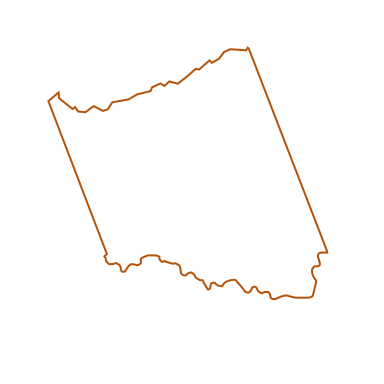 outline of Red River, Texas, United States of America, rotated 159°
{"feature_id": "52423323B35361747398086", "entity_name": "Red River", "entity_type": "district", "adm_level": 2, "iso_a3": "USA", "parent_name": "United States of America", "parent_adm1": "Texas", "projection": "robinson", "projection_center": [-95.01, 33.64], "detail": "fine", "context": "isolated", "style": "outline", "palette": "amber", "viewbox_px": 384, "rotation_deg": 159, "n_neighbors": 0, "source": "geoboundaries", "source_scale": "gbopen_adm2", "svg_char_len": 1970}
<svg xmlns="http://www.w3.org/2000/svg" viewBox="0 0 384 384"><g transform="rotate(159 192 192)"><path d="M270.8,313.1L273.8,312.3L282.4,327.1L280.9,332.7L293.5,328.3L293.7,164.6L296.8,163.3L296.3,161.5L296.9,158.8L296.1,156.0L295.0,154.1L291.1,153.0L288.9,153.0L287.5,152.0L285.8,149.5L285.6,147.2L286.3,144.9L286.2,143.6L285.6,142.5L284.6,142.1L283.1,141.8L277.7,145.7L274.5,146.4L270.6,144.3L269.6,143.2L267.6,143.1L265.9,143.6L264.9,144.3L264.4,146.7L263.7,147.8L262.7,148.4L258.7,148.6L255.9,148.6L248.6,145.8L246.6,144.4L245.7,143.0L246.3,141.6L246.1,139.3L245.0,137.5L244.1,137.2L242.4,137.6L241.6,136.5L236.5,132.5L235.1,131.7L233.2,131.6L230.2,128.1L230.0,126.7L230.2,124.7L231.1,121.5L231.2,120.1L230.8,118.3L230.2,117.7L229.3,117.0L228.4,116.5L226.9,116.6L225.5,117.3L224.2,117.6L222.9,117.5L221.1,116.8L219.5,114.2L219.2,110.9L216.2,106.8L213.8,105.9L213.2,100.9L212.1,95.5L211.2,95.0L210.5,95.1L209.4,95.9L207.5,99.3L206.8,99.7L205.0,99.8L203.4,99.2L202.4,97.0L200.7,94.8L197.7,93.2L194.7,95.3L192.6,96.0L187.1,95.8L183.7,94.8L182.8,94.1L179.2,84.1L178.4,80.4L176.8,78.6L174.7,77.7L171.9,79.1L170.0,81.3L167.6,81.3L166.4,80.1L165.9,78.7L166.0,76.3L164.7,74.0L163.9,73.0L162.9,72.4L160.1,72.7L156.9,71.5L156.0,70.2L155.9,68.9L156.4,64.7L155.1,63.2L152.8,62.2L146.1,62.5L143.7,62.2L141.8,61.9L139.8,61.0L139.0,60.2L133.4,56.3L120.5,51.4L117.9,51.3L116.4,51.8L108.2,63.7L108.0,65.4L108.2,66.5L108.8,67.8L109.0,70.9L109.0,72.6L108.1,76.0L107.2,77.1L105.2,78.4L104.2,78.7L101.0,77.5L100.0,77.6L99.1,78.0L98.4,78.8L98.2,79.8L97.7,83.8L97.7,85.9L97.0,88.1L95.4,89.3L92.9,89.1L87.5,87.0L87.1,89.3L87.6,305.6L88.3,306.8L90.7,304.9L105.1,311.6L111.9,311.2L119.0,306.7L127.0,305.5L128.6,308.6L141.4,303.8L144.5,305.6L154.8,301.8L166.5,298.2L173.5,303.3L179.6,300.9L182.6,304.6L191.7,304.1L194.5,301.1L208.3,302.8L218.0,301.2L234.2,304.3L241.1,299.3L246.2,299.7L252.9,307.4L263.0,304.7L269.4,307.9L270.8,313.1Z" fill="none" stroke="#b45309" stroke-width="2"/></g></svg>